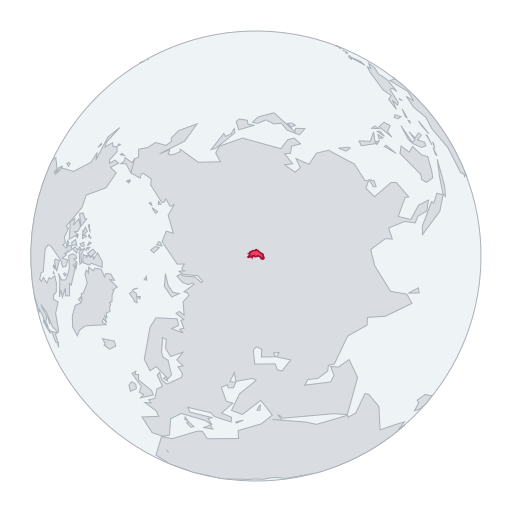 the Earth from above Khakass, rotated 271°
{"feature_id": "RUS-2402", "entity_name": "Khakass", "entity_type": "Republic", "adm_level": 1, "iso_a3": "RUS", "parent_name": "Russia", "parent_adm1": "", "projection": "orthographic", "projection_center": [89.08, 53.381], "detail": "fine", "context": "on_globe", "style": "filled", "palette": "rose", "viewbox_px": 512, "rotation_deg": 271, "n_neighbors": 0, "source": "natural_earth", "source_scale": "10m", "svg_char_len": 14243}
<svg xmlns="http://www.w3.org/2000/svg" viewBox="0 0 512 512"><g transform="rotate(271 256 256)"><circle cx="256" cy="256" r="225" fill="#eef3f6" stroke="#a8b0b8"/><path d="M342.0,47.8L347.9,50.4L350.8,54.1L339.5,55.6L336.5,52.8L334.1,53.9L337.7,57.7L340.7,60.0L337.4,72.2L347.1,89.7L356.8,95.4L349.5,94.3L372.4,105.9L382.0,117.5L367.0,104.4L362.3,103.1L366.8,110.7L362.9,111.1L362.8,115.1L357.8,115.1L349.5,107.9L346.1,107.9L349.4,113.3L346.5,117.0L342.1,109.0L336.6,114.8L321.6,104.9L313.9,85.1L301.5,81.2L282.7,65.8L280.3,68.0L271.7,64.1L265.7,65.3L263.9,62.5L260.7,66.0L263.4,68.4L262.9,70.8L259.7,71.9L256.8,68.3L258.0,67.3L255.5,66.8L255.5,64.7L253.6,66.3L250.6,62.2L248.7,67.9L242.2,66.0L241.5,62.8L248.0,61.1L262.3,50.8L263.6,47.8L258.9,45.0L236.6,43.6L235.4,41.4L229.1,40.1L226.8,41.9L230.9,43.8L225.2,47.3L230.9,49.6L229.4,51.5L232.8,55.1L225.4,56.9L216.4,56.9L213.2,54.2L209.1,54.3L206.5,59.0L195.2,56.6L178.4,59.9L176.2,59.3L182.0,53.5L196.2,47.5L203.7,41.6L191.8,48.0L186.6,47.0L182.8,48.1L179.0,49.9L178.3,51.4L175.0,51.8L185.6,45.2L188.7,44.7L185.3,46.7L191.9,44.0L199.0,40.3L195.8,40.5L209.9,36.0L207.7,36.2L209.6,35.6L212.1,35.4L208.1,35.9L224.9,32.9L241.8,31.2L258.9,30.7L275.9,31.6L292.9,33.8L309.6,37.2L326.0,41.9L342.0,47.8ZM448.8,139.5L447.4,137.6L446.7,136.1L448.8,139.5ZM447.7,138.3L447.9,138.6L447.7,138.3ZM448.3,139.7L447.8,138.7L448.6,140.1L448.3,139.7ZM449.5,141.9L448.8,140.6L448.9,140.8L449.5,141.9ZM450.6,144.5L450.8,145.1L450.0,143.7L450.6,144.5ZM342.6,61.1L338.2,57.8L336.4,54.4L340.5,57.0L342.6,61.1ZM345.5,68.6L342.3,66.9L345.3,65.2L346.2,66.7L345.5,68.6ZM364.7,99.7L361.8,95.9L365.9,99.5L364.7,99.7ZM363.7,115.7L365.7,116.8L364.8,118.5L363.7,115.7ZM236.6,53.9L234.7,54.5L235.1,53.5L236.6,53.9ZM239.9,55.0L241.6,53.5L243.4,53.8L242.3,54.8L239.9,55.0ZM356.3,120.1L354.2,122.7L354.9,118.7L356.3,120.1ZM237.3,56.9L246.4,54.6L249.5,55.3L247.9,59.5L237.3,56.9ZM352.1,123.4L347.2,130.3L351.3,133.0L336.9,129.5L345.8,124.6L346.0,119.2L348.6,122.8L352.1,123.4ZM265.7,68.7L262.6,66.2L268.2,67.4L265.7,68.7ZM269.4,68.9L287.4,69.8L290.3,74.3L283.7,72.9L290.0,78.2L282.6,80.0L277.5,77.4L277.1,74.1L274.6,77.4L269.4,68.9ZM329.7,126.7L327.3,127.5L328.2,125.4L329.7,126.7ZM263.2,71.8L266.5,71.5L269.3,75.3L263.1,76.7L264.2,75.0L263.2,71.8ZM295.2,78.9L296.2,82.2L290.5,84.4L290.1,86.1L282.7,80.4L295.2,78.9ZM261.9,74.7L259.8,77.4L255.6,76.6L260.1,72.5L261.9,74.7ZM272.7,75.8L273.7,77.7L271.1,77.1L272.7,75.8ZM239.2,76.0L243.1,75.2L244.9,77.0L239.2,76.0ZM259.4,78.5L260.9,78.8L262.0,79.5L259.8,81.1L259.4,78.5ZM279.2,82.5L276.6,82.8L281.9,84.9L277.8,86.9L273.6,82.8L273.7,85.4L272.5,86.0L270.4,82.1L279.2,82.5ZM261.1,85.0L254.3,80.9L246.5,81.8L244.7,80.1L257.5,79.0L261.1,85.0ZM266.7,83.6L262.8,84.0L262.6,81.5L265.1,79.7L266.7,83.6ZM276.6,89.8L283.9,87.7L284.6,88.7L276.6,89.8ZM258.9,85.7L260.6,86.7L258.4,86.1L258.9,85.7ZM271.2,89.0L273.7,88.1L274.4,89.2L271.2,89.0ZM261.8,89.6L259.7,88.2L261.3,86.8L261.8,89.6ZM266.2,89.7L266.5,91.5L263.2,87.2L267.2,89.1L266.2,89.7ZM271.5,90.2L272.7,90.6L270.3,90.4L271.5,90.2ZM256.9,95.7L252.3,90.6L255.9,87.5L259.9,92.9L256.9,95.7ZM38.8,196.4L47.3,171.6L49.4,169.1L55.1,159.5L73.9,164.7L71.9,175.4L79.9,200.5L79.8,205.4L72.4,210.6L73.2,241.7L81.1,241.2L88.3,264.3L97.2,275.1L111.8,263.3L97.3,245.1L101.2,234.2L118.0,242.0L131.6,258.3L133.6,254.6L130.3,238.2L139.0,236.2L129.8,232.1L129.5,238.0L123.7,235.8L123.7,230.4L126.8,229.7L124.2,223.6L110.3,228.8L108.5,235.4L98.4,224.3L94.3,234.3L89.6,234.1L94.8,217.1L98.5,213.7L103.5,190.4L98.7,192.8L93.6,215.2L92.7,210.9L86.2,215.0L90.5,208.5L97.3,184.1L91.8,173.5L75.4,172.6L74.2,165.7L77.5,155.3L93.1,144.8L94.0,161.6L99.6,158.7L107.6,147.4L107.2,153.7L110.5,151.3L111.7,157.4L121.4,159.2L123.8,164.8L135.3,159.3L138.1,161.6L130.5,164.1L126.4,169.1L133.3,183.7L136.9,184.6L143.9,180.0L144.9,184.9L150.8,178.6L158.6,184.8L154.0,172.3L162.1,167.2L171.0,167.8L172.9,164.1L158.3,163.2L153.3,164.9L150.2,169.9L135.7,173.6L131.7,170.1L143.8,158.2L139.4,152.1L150.7,146.1L183.0,151.3L192.5,157.1L191.8,178.3L185.1,179.8L182.0,172.9L177.7,184.4L181.5,181.0L182.3,185.2L190.3,182.0L191.2,184.9L197.2,177.1L199.2,180.3L195.5,185.2L209.0,183.9L215.4,189.6L218.0,188.0L218.9,184.6L226.5,194.5L228.0,192.9L226.2,188.9L228.1,183.3L234.5,177.3L236.7,181.0L234.7,183.7L234.0,195.2L228.3,202.1L229.9,203.1L235.3,198.0L236.3,183.9L239.4,179.3L240.0,185.8L240.0,183.1L242.3,182.0L246.7,184.5L246.5,177.4L268.6,161.9L279.3,165.8L277.3,172.9L295.1,167.5L305.8,173.2L304.1,169.4L311.4,164.9L308.2,163.0L307.9,160.9L325.3,149.4L331.2,150.0L336.7,141.7L335.8,139.8L331.8,138.9L336.9,129.5L351.3,133.0L352.6,136.9L360.7,136.8L362.5,145.8L367.7,153.6L365.0,164.1L369.3,169.7L372.1,169.0L380.0,176.5L387.1,194.7L369.5,182.6L356.5,157.8L360.8,167.9L356.3,166.5L355.6,170.9L358.9,178.2L361.5,178.4L348.7,196.6L349.6,218.8L358.2,213.9L365.2,217.5L373.7,240.6L363.7,278.9L372.9,285.8L374.5,292.1L368.9,298.6L366.4,289.6L359.3,288.7L358.7,282.9L348.8,291.0L347.6,283.0L340.5,293.7L345.0,298.8L354.1,294.3L348.6,307.4L359.9,314.7L363.0,326.7L349.7,352.7L333.6,363.4L333.0,367.2L325.7,364.7L317.3,373.5L331.9,389.8L331.9,395.1L317.7,407.7L317.2,404.1L297.9,397.5L295.2,410.1L309.8,417.8L314.9,427.5L304.0,426.0L298.7,417.2L291.9,414.6L293.1,404.0L286.3,388.1L275.3,392.0L275.6,385.0L264.5,370.6L248.3,374.9L223.0,391.1L220.5,407.4L211.4,412.8L198.0,386.4L196.6,368.6L188.8,368.2L177.5,349.0L149.4,336.2L148.0,330.3L142.2,329.7L134.6,319.9L133.5,310.1L127.7,306.9L131.3,332.7L137.9,336.1L146.9,332.5L146.4,340.3L154.1,350.9L136.3,359.7L99.0,350.1L99.7,336.5L94.3,285.6L96.9,282.5L97.1,282.0L97.3,281.0L92.2,285.1L92.8,275.3L90.9,308.4L88.7,319.5L98.4,350.4L96.4,350.8L100.8,358.5L120.4,367.4L119.6,371.2L107.6,381.5L84.3,383.1L90.0,398.6L92.7,407.3L83.9,400.8L89.9,408.2L79.3,395.8L69.7,382.7L61.1,369.0L53.5,354.6L46.9,339.8L41.4,324.5L40.0,319.7L34.0,289.1L35.0,282.4L34.5,274.3L32.9,267.4L33.0,257.8L32.5,252.7L32.7,226.2L38.8,196.4ZM60.5,169.8L58.3,172.0L60.5,169.8ZM141.5,284.0L152.7,292.5L155.5,278.4L160.0,280.7L159.3,275.2L155.6,277.4L155.1,263.1L162.7,263.5L165.4,257.9L161.7,254.9L147.9,256.7L148.5,276.9L142.6,279.3L141.5,284.0ZM186.0,47.4L185.0,47.9L181.0,49.5L182.4,48.5L186.0,47.4ZM165.9,59.8L161.1,60.3L165.5,59.0L166.5,57.3L177.1,52.9L175.7,58.8L174.4,56.8L165.9,59.8ZM190.8,49.2L184.2,51.0L191.4,48.9L190.8,49.2ZM128.1,133.8L125.8,137.9L121.4,138.8L118.5,132.8L124.8,131.2L128.1,133.8ZM123.6,143.6L136.4,134.1L138.8,137.8L135.3,137.3L135.6,140.7L130.0,140.7L119.7,154.0L115.2,155.8L112.2,143.0L115.7,146.0L117.7,141.7L123.6,143.6ZM165.0,107.0L170.6,104.0L168.5,115.8L163.6,117.4L160.2,111.2L164.2,105.7L165.0,107.0ZM232.6,65.1L234.9,63.9L235.7,64.8L234.4,66.6L232.6,65.1ZM240.9,75.4L223.5,71.7L225.2,70.0L213.0,70.3L212.8,66.1L220.7,65.9L211.4,63.2L218.4,61.4L211.6,60.2L229.3,60.2L235.3,58.8L228.7,61.9L228.7,65.7L230.5,67.0L240.2,69.6L253.1,68.8L255.1,72.9L253.2,75.9L250.4,76.7L249.9,73.8L246.6,77.0L243.7,73.3L240.9,75.4ZM229.2,114.9L229.8,110.2L222.6,117.8L219.7,113.5L219.0,114.6L214.4,112.8L207.6,112.8L207.3,110.4L204.8,111.5L201.7,110.5L198.2,111.1L196.3,107.3L191.8,107.9L193.5,105.8L186.3,107.9L190.8,104.6L187.2,103.3L184.7,107.2L183.2,86.6L179.0,81.2L173.1,78.7L181.7,73.9L192.6,73.4L203.5,76.1L206.3,82.3L209.6,79.2L211.9,81.4L208.3,82.9L215.2,81.9L216.2,84.1L225.9,87.7L235.3,85.3L239.1,86.7L235.9,88.8L241.9,88.8L238.3,93.8L241.0,95.0L240.1,101.4L232.3,105.0L235.9,106.1L235.4,111.2L229.2,114.9ZM256.4,97.5L247.8,102.3L242.0,102.5L245.9,91.4L244.0,89.7L246.3,83.0L254.7,83.1L253.3,84.9L253.8,86.7L251.0,86.0L253.7,88.0L251.8,90.7L253.3,93.0L250.1,93.9L256.4,97.5ZM83.7,206.2L84.3,209.3L86.3,213.0L82.2,215.9L83.7,206.2ZM88.0,189.5L89.2,191.4L84.3,196.9L83.7,193.9L88.0,189.5ZM93.9,188.0L89.6,191.1L91.5,187.6L93.9,188.0ZM132.0,165.7L133.8,167.6L132.3,169.1L129.5,169.7L132.0,165.7ZM207.1,137.9L208.4,134.9L209.9,135.0L216.3,130.2L219.0,133.3L216.1,137.3L207.1,137.9ZM107.0,262.9L102.0,262.8L101.7,259.7L103.5,260.3L107.0,262.9ZM89.7,238.7L91.7,246.3L88.6,239.4L89.7,238.7ZM211.1,140.5L213.4,138.1L213.3,141.1L211.1,140.5ZM221.2,135.3L221.8,138.5L220.0,133.1L221.2,135.3ZM120.4,427.6L119.4,434.5L111.5,428.6L106.2,423.2L104.0,417.1L111.9,421.2L114.7,419.7L120.4,427.6ZM366.7,432.9L372.6,430.8L372.3,431.4L366.7,432.9ZM360.6,433.7L367.5,431.1L359.3,435.3L360.6,433.7ZM370.1,430.0L377.1,425.9L380.2,423.6L379.5,425.0L370.1,430.0ZM355.9,435.5L329.4,443.4L318.7,444.4L321.4,441.8L338.7,438.1L355.9,435.5ZM320.5,442.0L304.0,439.0L280.3,422.1L288.8,421.8L313.4,430.6L311.9,432.8L321.9,435.8L320.5,442.0ZM359.9,419.8L358.3,426.0L343.8,430.3L337.2,431.3L332.6,425.1L335.2,420.5L340.7,419.1L361.2,398.2L368.5,399.1L362.4,407.5L368.3,410.6L359.9,419.8ZM221.5,409.1L227.0,419.0L222.0,419.8L221.5,409.1ZM368.8,384.4L361.0,394.3L367.9,382.4L368.8,384.4ZM372.4,373.8L373.3,377.2L369.6,375.0L372.4,373.8ZM333.4,372.6L327.6,374.9L327.1,372.2L334.3,367.7L333.4,372.6ZM365.2,336.6L366.4,345.2L365.7,348.4L362.4,344.3L365.2,336.6ZM236.9,165.7L225.0,168.7L218.2,173.5L217.1,180.0L213.5,172.4L224.0,165.0L236.9,165.7ZM264.5,161.8L265.4,156.5L268.4,158.2L268.6,159.6L264.5,161.8ZM262.6,159.1L257.4,153.8L260.1,150.5L263.7,155.2L262.6,159.1ZM233.8,146.6L230.1,147.2L230.3,144.6L233.8,146.6ZM338.6,465.6L341.7,464.3L339.1,463.2L341.8,462.3L342.8,459.2L367.7,446.0L386.2,429.7L397.5,423.5L407.5,411.1L418.3,403.4L413.6,411.2L423.1,405.0L433.8,386.7L435.3,392.0L437.5,389.5L427.7,401.9L417.0,413.5L405.6,424.4L393.4,434.5L380.5,443.7L367.1,452.0L353.1,459.3L338.6,465.6ZM467.2,334.3L467.9,332.3L468.0,332.2L467.2,334.3ZM381.2,426.7L389.7,418.8L394.0,416.1L381.2,426.7ZM466.8,334.8L465.4,337.8L465.8,336.8L466.8,334.8ZM467.3,332.9L467.4,332.2L467.7,332.6L467.3,332.9ZM465.0,336.6L466.4,334.6L464.7,337.2L465.0,336.6ZM463.8,339.0L462.5,340.8L462.7,340.3L463.8,339.0ZM445.5,367.2L450.8,365.2L445.8,371.8L440.4,374.9L434.8,383.8L423.0,394.1L426.1,389.4L424.9,387.1L411.8,395.6L409.2,394.9L414.1,389.8L405.1,393.7L415.0,385.9L418.8,388.4L424.3,380.1L433.1,373.5L441.2,367.2L447.1,364.0L445.5,367.2ZM414.5,397.4L416.1,396.2L414.5,398.8L414.5,397.4ZM460.1,342.9L461.9,341.7L461.6,342.7L460.6,344.1L460.1,342.9ZM448.6,361.5L455.2,349.2L456.6,347.2L452.1,357.5L448.6,361.5ZM453.9,348.4L456.7,345.1L458.0,345.4L457.3,346.9L453.9,348.4ZM394.2,405.8L393.8,407.5L391.1,407.8L394.2,405.8ZM397.8,402.9L405.7,399.6L397.0,404.6L397.8,402.9ZM372.4,410.3L374.9,412.8L382.8,406.9L376.7,413.0L381.8,416.2L379.9,419.2L374.9,415.5L372.7,422.6L369.1,424.0L367.4,419.5L371.2,411.0L374.7,406.6L388.9,398.6L372.4,410.3ZM397.8,398.6L395.7,395.5L397.2,391.6L399.6,392.6L397.8,398.6ZM388.8,387.9L382.5,385.3L377.2,389.9L387.5,376.8L391.9,381.6L388.8,387.9ZM382.8,377.9L377.9,382.3L382.7,375.1L382.8,377.9ZM376.4,380.9L375.4,377.0L379.5,375.8L376.4,380.9ZM385.5,376.9L385.7,369.4L388.1,372.5L385.5,376.9ZM372.6,368.3L382.1,371.4L370.4,373.4L368.1,359.3L372.9,357.0L372.6,368.3ZM387.5,293.0L385.3,288.8L389.1,285.3L389.6,289.2L387.5,293.0ZM399.5,271.4L389.4,283.1L380.9,292.8L384.4,293.4L384.2,302.6L377.9,297.4L382.4,284.9L389.2,279.0L388.4,271.5L392.3,263.5L388.6,255.4L389.7,250.2L395.1,255.8L399.5,271.4ZM386.8,252.2L381.8,236.5L389.9,233.8L392.7,236.7L391.6,244.9L387.4,245.8L386.8,252.2ZM383.0,232.0L378.9,232.8L363.0,213.9L361.6,209.3L378.0,221.7L375.0,223.3L377.5,228.6L383.0,232.0ZM329.0,129.2L327.4,127.6L330.0,128.1L329.0,129.2ZM306.0,160.0L306.0,157.2L309.0,157.7L306.0,160.0ZM307.8,149.9L304.4,151.3L307.0,148.2L307.8,149.9ZM296.9,154.8L302.6,151.1L298.5,156.9L296.9,154.8Z" fill="#d9dde1" stroke="#a8b0b8" stroke-width="1"/><path d="M255.0,249.8L254.9,249.7L254.8,249.4L254.7,249.2L254.7,248.9L254.5,248.7L254.5,248.4L254.8,248.1L254.9,247.9L255.0,248.0L255.3,248.3L255.5,248.4L255.7,248.5L255.8,248.7L255.7,248.9L256.0,249.1L255.9,249.3L256.2,249.3L256.3,249.7L256.6,249.6L256.8,249.7L257.1,249.4L257.2,249.5L257.3,249.6L257.5,249.5L257.7,249.4L257.9,249.3L258.1,249.2L258.2,249.3L258.4,249.2L258.5,249.0L258.6,249.4L258.9,249.4L259.1,249.5L259.2,249.9L259.1,250.0L259.3,250.1L259.6,250.0L259.7,250.3L260.0,250.2L260.2,250.4L260.1,250.9L260.0,251.1L260.3,251.3L260.6,251.4L260.7,251.6L260.8,251.8L260.9,252.2L261.0,252.4L261.1,252.6L261.4,253.0L261.5,253.3L261.5,253.6L261.4,253.9L261.3,254.1L261.2,254.2L261.2,254.4L261.4,254.8L261.5,255.0L261.6,255.3L261.8,255.5L262.0,255.5L262.4,255.9L262.5,256.0L262.4,256.4L262.2,256.6L262.1,256.8L261.9,256.9L261.7,257.0L261.4,257.1L261.4,257.3L261.5,257.6L261.5,257.9L261.3,258.2L261.1,258.4L260.9,258.6L260.7,258.8L260.6,259.0L260.3,259.1L260.1,259.3L259.9,259.6L259.7,259.9L259.7,260.1L259.5,260.4L259.4,260.6L259.2,260.7L258.9,260.7L258.8,260.8L258.7,260.9L258.5,261.1L258.5,261.3L258.4,261.3L258.3,261.5L258.4,261.8L258.4,262.0L258.5,262.3L258.4,262.4L258.3,262.5L258.2,262.4L257.7,262.9L257.6,263.0L257.4,263.1L257.2,263.2L256.9,263.0L256.7,263.0L256.4,263.2L256.4,262.8L256.2,262.8L255.9,263.0L255.2,263.2L255.0,263.3L255.0,263.5L254.8,263.8L254.7,264.0L254.2,264.1L254.0,263.9L253.8,263.9L253.7,263.8L253.6,263.7L253.3,263.4L253.2,263.5L253.1,263.4L253.0,263.2L253.3,263.0L253.3,262.9L253.4,262.7L253.6,262.5L253.6,262.4L253.3,262.4L253.2,262.3L253.2,262.2L253.0,262.3L253.0,262.2L253.3,261.7L253.5,261.4L253.5,261.2L253.8,261.2L254.0,261.2L254.0,260.9L254.3,260.8L254.5,260.7L254.8,260.6L255.0,260.5L255.0,260.4L255.1,260.2L255.1,259.9L255.5,259.7L255.7,259.4L255.8,259.4L256.0,259.1L256.1,258.9L255.9,258.8L255.9,258.7L256.2,258.6L256.2,258.4L256.4,258.3L256.4,258.2L256.2,258.0L256.1,257.9L256.0,257.7L255.9,257.7L255.7,257.7L255.6,257.4L255.7,257.2L255.8,257.2L255.9,256.9L255.8,256.7L255.8,256.3L255.8,256.2L255.7,256.1L255.4,256.0L255.3,255.9L255.4,255.7L255.5,255.7L255.5,255.4L255.4,255.2L255.5,255.2L255.8,254.9L255.8,254.7L256.0,254.5L256.0,254.4L256.3,254.3L256.4,254.2L256.2,254.1L256.3,253.8L256.2,253.7L256.0,253.8L256.0,253.7L255.9,253.6L255.8,253.4L255.8,253.2L256.3,253.0L256.3,252.9L256.2,252.8L256.3,252.6L256.2,252.5L256.2,252.4L256.3,252.3L256.2,252.2L256.0,252.3L255.9,252.3L255.7,252.3L255.7,252.2L255.5,251.9L255.4,251.9L255.4,252.0L255.2,252.1L255.1,252.3L254.9,252.4L254.8,252.2L254.4,252.1L254.6,252.0L254.7,251.9L254.8,251.8L254.8,251.7L254.9,251.3L254.9,251.2L254.9,250.8L255.0,250.8L255.0,250.7L255.3,250.4L255.2,250.1L255.1,249.9L255.0,249.8Z" fill="#f43f5e" stroke="#9f1239" stroke-width="1.5"/></g></svg>